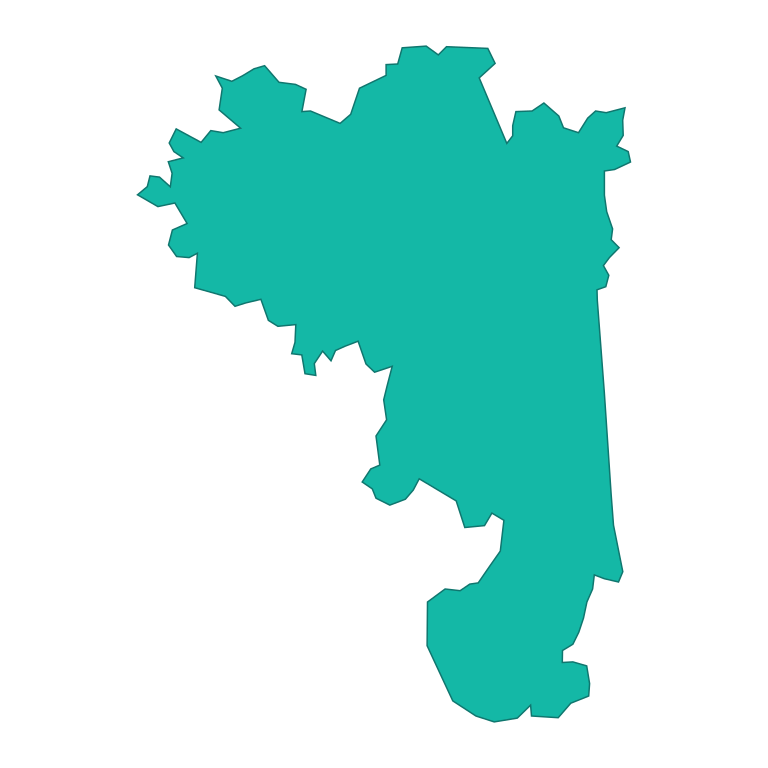 outline of Vila Maria, Rio Grande do Sul, Brazil
{"feature_id": "56859067B98350178986845", "entity_name": "Vila Maria", "entity_type": "district", "adm_level": 2, "iso_a3": "BRA", "parent_name": "Brazil", "parent_adm1": "Rio Grande do Sul", "projection": "robinson", "projection_center": [-52.161, -28.575], "detail": "fine", "context": "isolated", "style": "filled", "palette": "teal", "viewbox_px": 768, "rotation_deg": 0, "n_neighbors": 0, "source": "geoboundaries", "source_scale": "gbopen_adm2", "svg_char_len": 1960}
<svg xmlns="http://www.w3.org/2000/svg" viewBox="0 0 768 768"><path d="M427.1,645.7L452.8,700.9L475.9,716.0L494.2,721.9L517.3,718.1L530.6,705.1L531.5,716.0L558.2,717.7L570.8,703.2L588.7,696.0L589.6,683.6L586.7,665.9L572.9,661.9L562.3,662.5L562.5,650.5L572.9,644.2L578.8,632.2L583.5,618.1L586.9,602.0L592.6,589.0L594.3,574.9L604.3,578.7L618.5,582.0L622.8,571.7L613.5,525.2L611.1,493.8L604.3,392.2L597.3,300.2L597.0,289.8L605.8,286.7L608.8,275.3L603.4,265.6L609.4,257.6L619.1,247.7L611.2,239.7L612.6,228.9L606.7,211.7L604.4,195.2L604.4,171.0L614.6,169.5L630.5,162.0L628.2,151.6L616.7,146.1L623.2,135.4L622.7,120.2L625.0,107.8L606.2,112.7L595.6,111.0L587.7,118.1L578.5,132.7L563.5,127.8L558.8,116.0L543.9,103.0L532.1,111.0L515.9,111.6L512.7,125.7L512.7,135.8L506.8,143.4L479.2,77.9L495.1,63.4L487.8,48.4L446.5,46.7L438.3,54.9L426.2,46.1L402.2,47.8L397.7,64.0L386.1,64.6L386.1,75.4L359.5,88.2L350.7,114.3L340.1,123.4L310.5,111.0L301.9,111.6L306.1,89.3L295.5,84.4L279.0,82.3L264.6,65.7L254.0,68.8L242.5,75.8L231.8,81.3L215.8,76.0L222.3,88.2L219.1,109.9L240.6,128.2L223.2,132.7L210.8,130.6L201.1,142.4L176.2,128.9L169.2,143.0L173.9,151.6L183.2,157.9L168.3,161.7L172.1,173.3L170.3,186.8L159.5,177.1L150.0,175.9L147.3,186.6L137.5,194.8L157.9,206.6L174.9,203.0L187.1,223.5L172.4,230.0L168.5,245.0L176.6,256.5L189.1,257.6L197.4,253.2L194.7,287.7L225.4,296.4L235.0,306.3L245.8,302.9L260.9,299.3L268.4,320.4L277.9,326.3L295.8,324.6L295.0,342.3L291.7,353.7L301.8,354.9L305.0,373.7L315.8,375.4L314.3,363.6L322.6,351.1L331.0,360.8L335.5,350.5L344.8,346.3L358.1,341.2L366.0,364.0L374.6,372.2L392.2,366.3L387.0,386.3L383.7,399.8L386.6,419.8L376.0,436.0L379.8,465.1L370.8,468.9L362.2,482.0L372.3,488.9L376.0,498.2L389.8,505.1L405.4,499.2L413.3,490.0L419.2,478.8L456.2,500.9L464.8,527.5L484.5,525.6L491.9,513.1L503.9,520.3L500.3,551.1L489.7,566.2L478.2,582.9L469.8,584.1L460.1,590.7L445.1,589.0L427.5,602.0L427.1,645.7Z" fill="#14b8a6" stroke="#0f766e" stroke-width="1.5"/></svg>